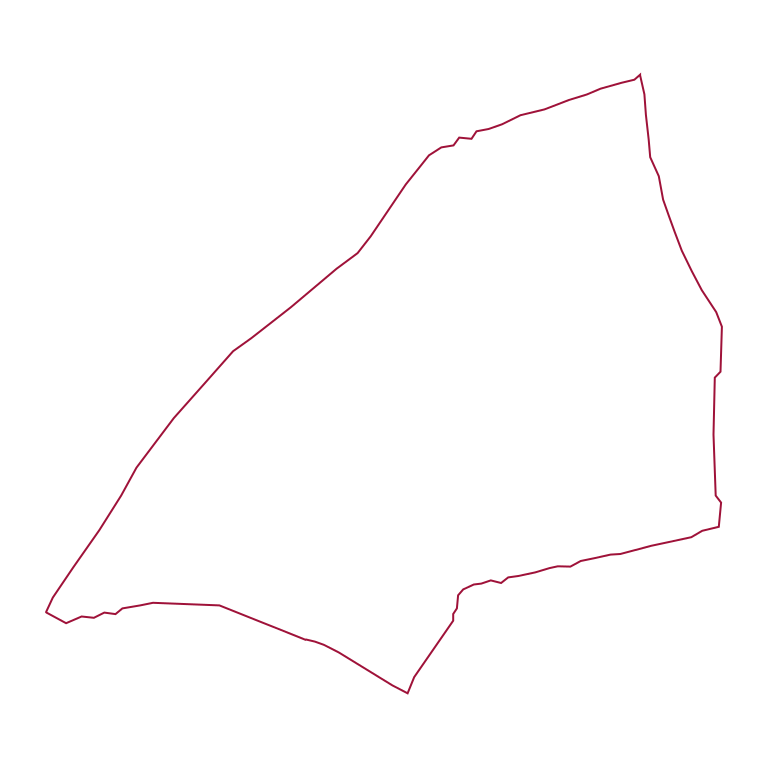 the district of Delami, South Kordufan, Sudan
{"feature_id": "16777658B3840179969595", "entity_name": "Delami", "entity_type": "district", "adm_level": 2, "iso_a3": "SDN", "parent_name": "Sudan", "parent_adm1": "South Kordufan", "projection": "orthographic", "projection_center": [30.319, 11.667], "detail": "fine", "context": "isolated", "style": "outline", "palette": "rose", "viewbox_px": 768, "rotation_deg": 0, "n_neighbors": 0, "source": "geoboundaries", "source_scale": "gbopen_adm2", "svg_char_len": 1297}
<svg xmlns="http://www.w3.org/2000/svg" viewBox="0 0 768 768"><path d="M713.5,434.6L714.8,377.6L720.5,371.7L721.9,326.7L716.2,312.1L701.8,290.2L691.8,271.2L681.8,250.7L674.6,231.7L668.8,215.7L663.1,199.6L658.8,176.2L650.2,157.2L648.7,139.7L645.9,114.8L644.4,94.3L640.1,75.3L640.1,74.7L634.4,79.7L621.5,82.8L600.5,88.7L586.8,94.5L568.9,100.0L544.5,109.4L520.5,115.2L502.0,124.3L488.6,129.0L476.5,131.3L471.5,138.8L459.2,137.6L453.5,145.4L441.3,147.4L429.0,155.3L420.1,166.5L405.8,184.4L370.7,236.3L357.6,253.1L336.6,268.7L290.8,307.3L251.4,338.1L233.1,351.2L205.6,382.3L173.8,418.1L136.5,467.6L121.2,495.5L99.3,530.2L73.3,567.3L52.8,597.6L46.3,611.6L46.2,611.8L46.1,612.1L46.6,612.7L46.9,612.8L66.1,623.2L81.6,616.5L93.9,617.8L104.3,612.6L115.5,614.1L122.4,608.4L140.2,605.4L153.0,602.8L219.4,605.4L262.7,622.7L272.8,626.7L305.5,639.8L306.0,639.5L314.9,641.6L323.8,644.8L338.7,652.4L392.4,685.4L407.6,693.3L414.2,677.1L453.2,620.7L453.2,614.0L456.9,608.4L458.1,595.3L463.2,589.4L473.8,584.5L481.3,583.6L490.8,580.4L501.1,583.0L508.2,577.4L518.3,576.0L535.2,572.4L549.5,568.1L557.8,566.3L570.4,566.6L580.7,561.0L594.8,558.1L610.5,554.6L620.3,554.0L651.2,545.8L668.1,542.2L691.3,537.2L702.2,530.8L718.8,526.8L721.1,502.6L715.7,495.6L713.5,434.6Z" fill="none" stroke="#9f1239" stroke-width="2"/></svg>